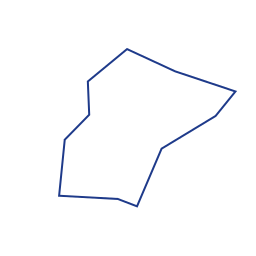 map outline of Bolton (Natural Earth projection), rotated 309°
{"feature_id": "GBR-5678", "entity_name": "Bolton", "entity_type": "Metropolitan Borough", "adm_level": 1, "iso_a3": "GBR", "parent_name": "United Kingdom", "parent_adm1": "", "projection": "natural_earth1", "projection_center": [-2.443, 53.589], "detail": "fine", "context": "isolated", "style": "outline", "palette": "blue", "viewbox_px": 256, "rotation_deg": 309, "n_neighbors": 0, "source": "natural_earth", "source_scale": "10m", "svg_char_len": 312}
<svg xmlns="http://www.w3.org/2000/svg" viewBox="0 0 256 256"><g transform="rotate(309 128 128)"><path d="M192.5,188.5L133.1,167.1L72.8,184.3L66.4,164.7L32.0,117.1L78.8,86.4L79.0,86.2L113.9,89.5L138.9,67.5L188.7,77.6L201.7,129.0L224.0,188.5L192.5,188.5Z" fill="none" stroke="#1e3a8a" stroke-width="2"/></g></svg>